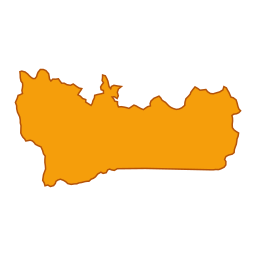 the district of São Cristóvão do Sul, Santa Catarina, Brazil
{"feature_id": "56859067B10405693050074", "entity_name": "São Cristóvão do Sul", "entity_type": "district", "adm_level": 2, "iso_a3": "BRA", "parent_name": "Brazil", "parent_adm1": "Santa Catarina", "projection": "orthographic", "projection_center": [-50.36, -27.292], "detail": "fine", "context": "isolated", "style": "filled", "palette": "amber", "viewbox_px": 256, "rotation_deg": 0, "n_neighbors": 0, "source": "geoboundaries", "source_scale": "gbopen_adm2", "svg_char_len": 2817}
<svg xmlns="http://www.w3.org/2000/svg" viewBox="0 0 256 256"><path d="M45.0,185.8L47.8,185.0L50.4,186.5L53.6,185.6L55.3,183.5L56.0,181.3L57.9,180.0L60.4,179.2L63.6,180.4L65.7,181.7L67.8,183.6L71.2,184.4L74.2,183.9L76.9,183.8L78.9,182.9L81.6,182.5L84.9,181.6L87.0,181.3L89.0,181.2L91.1,179.2L93.4,178.3L95.5,176.8L97.7,174.0L100.9,172.2L103.1,173.4L106.2,172.7L107.7,169.9L109.6,169.1L111.6,169.9L114.3,170.4L117.3,168.7L145.3,168.4L174.0,169.0L211.2,169.8L213.4,169.8L215.6,169.5L218.6,169.6L220.9,168.8L224.1,167.2L225.8,165.0L225.9,161.5L224.6,159.4L225.9,156.5L228.6,155.1L232.3,154.1L234.1,152.6L234.4,149.5L235.2,147.1L236.3,144.2L236.7,141.7L237.0,139.0L238.1,136.2L238.6,133.0L236.0,131.4L233.9,129.8L232.4,127.7L232.2,124.5L232.6,121.0L232.5,117.9L231.9,115.5L233.6,114.2L236.7,113.7L238.8,112.7L240.6,110.8L238.9,109.0L237.9,106.4L237.2,103.4L236.1,99.9L233.2,97.7L231.0,97.2L229.9,94.7L228.9,92.4L227.4,89.9L226.4,87.9L223.9,86.6L222.9,89.9L219.7,91.9L216.5,92.8L213.2,93.8L210.3,93.5L207.6,91.7L205.9,89.5L202.9,89.9L200.0,90.2L197.8,88.5L195.0,86.9L192.6,89.9L190.9,92.2L190.2,94.2L188.3,96.4L185.9,98.8L185.0,102.2L184.7,105.4L181.8,107.8L178.8,109.1L176.2,109.4L173.2,108.5L170.7,107.3L168.8,105.9L167.3,104.3L165.5,102.4L163.5,101.2L161.8,99.9L160.7,97.9L159.0,96.1L156.5,97.2L153.9,98.3L151.0,101.0L150.1,103.5L150.4,105.9L147.6,106.7L145.3,108.2L143.4,109.6L140.9,108.6L138.4,107.3L136.1,105.9L133.9,105.1L131.5,106.7L129.0,108.4L126.4,107.6L124.1,107.1L121.4,106.7L118.5,106.9L117.5,104.5L117.5,101.8L114.7,101.1L113.8,99.1L112.1,97.0L114.3,96.7L117.1,98.5L118.3,95.8L117.3,92.3L118.4,89.0L121.4,86.5L117.7,86.0L113.9,85.3L111.4,86.5L110.7,88.7L109.1,86.7L108.5,84.1L107.9,81.2L106.8,78.6L105.3,75.8L102.6,75.0L102.5,77.8L102.1,80.5L103.5,82.8L101.7,85.0L100.6,87.0L101.1,89.7L103.4,90.5L103.5,93.2L100.6,93.9L97.6,94.5L94.7,95.3L94.4,97.9L92.9,100.9L92.3,103.4L91.0,105.4L88.0,103.5L85.7,102.1L85.8,99.6L82.6,98.5L80.4,96.2L77.9,94.8L78.9,93.0L80.7,90.5L81.8,88.6L79.2,88.1L76.9,86.7L75.0,85.3L73.2,84.0L70.5,85.3L67.0,84.7L64.2,83.2L61.6,83.2L60.0,81.1L58.4,78.8L55.7,79.2L52.8,79.1L50.9,81.0L49.5,79.1L49.2,76.8L48.6,73.7L45.9,70.6L43.3,69.5L40.3,69.5L38.1,72.2L37.2,74.4L36.6,76.6L35.1,78.5L33.0,78.6L31.1,77.4L29.3,75.8L27.7,74.0L25.1,72.0L21.8,71.1L19.9,71.7L20.2,74.6L20.3,77.8L21.0,81.1L22.5,83.0L22.7,85.3L22.4,88.0L21.9,90.4L22.5,93.5L20.2,94.7L18.1,95.4L17.2,98.4L15.4,102.4L16.6,105.6L16.7,108.7L17.5,112.2L19.7,116.8L20.3,120.1L20.3,122.9L21.0,125.7L20.9,129.0L20.8,133.0L21.8,135.3L23.0,137.3L24.7,139.0L25.8,141.0L30.2,140.2L32.4,140.9L34.1,142.5L35.4,144.3L37.9,145.6L41.0,146.9L42.6,150.5L43.5,153.8L45.2,156.1L44.9,159.3L44.9,162.4L45.4,165.9L45.6,169.1L44.6,171.7L43.5,174.7L43.0,178.1L42.7,180.4L44.2,182.9L45.0,185.8Z" fill="#f59e0b" stroke="#b45309" stroke-width="1.5"/></svg>